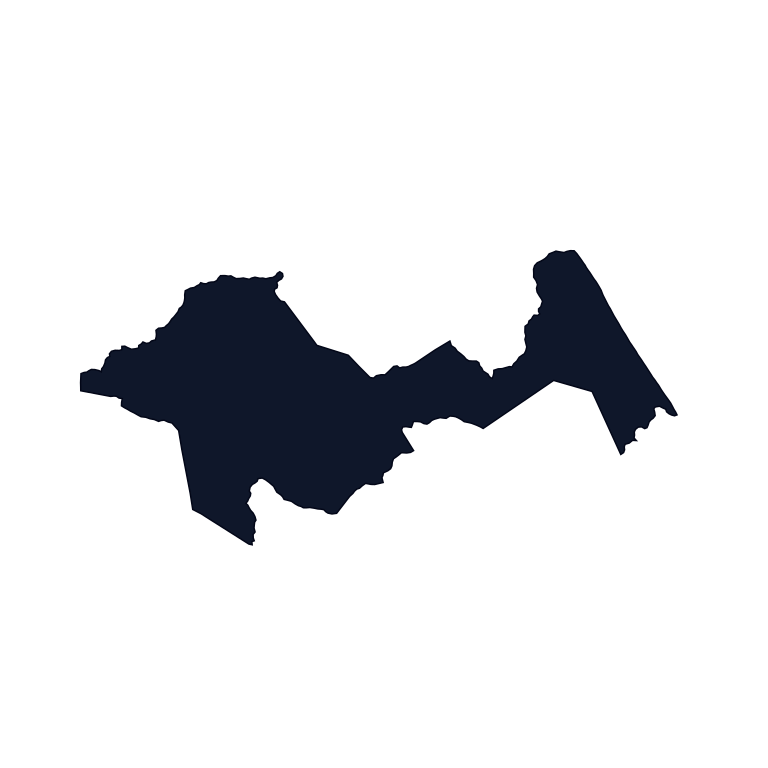 Entre Rios, Bahia, Brazil, rotated 296°
{"feature_id": "56859067B60526671351349", "entity_name": "Entre Rios", "entity_type": "district", "adm_level": 2, "iso_a3": "BRA", "parent_name": "Brazil", "parent_adm1": "Bahia", "projection": "robinson", "projection_center": [-38.013, -12.095], "detail": "fine", "context": "isolated", "style": "filled", "palette": "ink", "viewbox_px": 768, "rotation_deg": 296, "n_neighbors": 0, "source": "geoboundaries", "source_scale": "gbopen_adm2", "svg_char_len": 5247}
<svg xmlns="http://www.w3.org/2000/svg" viewBox="0 0 768 768"><g transform="rotate(296 384 384)"><path d="M181.7,336.0L184.4,334.3L186.2,336.1L188.3,334.0L191.4,332.3L194.5,333.0L197.6,330.3L200.8,329.1L203.1,328.3L205.5,328.6L208.3,326.1L210.6,323.0L212.0,319.5L213.7,316.9L215.4,314.7L216.2,312.2L219.1,312.8L221.4,312.6L224.8,312.9L227.4,312.1L228.7,309.9L232.5,308.9L236.0,309.7L238.5,311.4L241.0,312.6L243.8,312.3L246.1,315.8L246.0,319.5L245.2,323.9L244.5,326.5L243.7,329.7L241.9,332.1L239.8,335.1L239.1,339.8L238.2,342.3L236.5,344.8L237.2,348.0L238.0,352.3L237.3,356.7L237.1,360.4L237.6,363.2L237.4,365.7L238.6,368.3L240.5,371.5L241.8,375.7L242.7,379.3L243.9,382.3L244.7,385.0L243.7,387.6L243.4,390.2L244.4,394.2L247.0,398.1L268.0,402.4L272.0,404.0L274.8,404.5L277.6,405.6L279.6,407.7L283.1,409.1L286.6,411.0L287.4,413.9L288.1,416.4L289.6,419.7L295.1,426.4L298.9,423.2L301.3,423.1L303.9,422.4L307.7,425.5L310.8,427.1L313.9,427.0L317.4,425.7L321.0,425.3L323.4,426.7L326.2,428.1L329.9,429.8L332.0,434.7L334.2,437.9L337.1,439.8L348.5,421.6L350.6,419.8L353.6,419.7L355.3,422.4L356.2,425.3L357.0,427.6L359.7,427.4L363.2,426.9L364.8,430.2L366.0,433.4L365.9,437.2L366.8,440.2L369.2,441.8L372.2,442.9L374.4,444.7L376.4,446.9L378.4,449.2L379.2,451.7L380.4,454.9L384.1,457.2L385.3,460.2L386.0,462.8L386.1,465.6L385.9,469.1L385.3,472.6L386.4,476.7L387.1,479.9L387.6,485.3L387.7,489.5L387.5,492.6L461.6,534.9L468.5,574.3L424.5,627.7L427.4,629.4L430.3,629.1L432.8,627.5L435.5,627.1L438.4,630.3L442.3,632.1L443.8,635.6L445.1,632.4L447.9,631.6L450.6,630.0L453.4,629.9L456.7,631.4L458.4,634.3L458.2,637.9L460.0,639.5L462.7,639.4L466.0,638.9L468.5,639.5L471.2,640.9L474.4,641.6L477.4,639.6L480.0,637.3L482.3,637.9L484.8,641.4L484.7,645.2L484.8,648.3L482.9,650.2L482.2,653.2L482.2,656.2L482.8,659.1L484.7,660.9L486.7,658.3L488.2,655.9L490.0,653.5L492.6,649.9L495.0,645.5L497.2,641.3L499.0,638.1L500.4,635.7L501.7,633.7L503.2,631.4L504.7,628.5L506.4,625.6L507.9,622.5L509.3,620.3L511.0,617.5L513.0,614.2L514.7,611.4L516.4,608.4L518.7,604.6L520.4,601.5L521.8,599.0L523.6,596.5L525.2,593.8L526.6,591.3L527.9,589.1L529.3,586.5L531.3,583.6L534.2,579.3L536.4,575.5L538.4,572.4L541.1,568.6L543.8,564.4L546.2,560.7L548.7,557.3L550.9,554.3L552.7,551.4L555.1,548.2L557.6,544.9L559.7,542.1L561.6,540.0L563.4,538.1L565.6,534.9L567.5,532.0L569.1,529.4L570.2,527.2L571.4,525.1L573.0,522.5L574.5,520.0L575.7,517.7L577.4,514.7L578.9,512.7L580.2,510.2L581.5,508.0L583.0,505.3L584.5,502.4L585.7,500.2L587.1,496.5L585.5,493.0L583.3,490.2L581.1,488.2L580.3,485.6L579.6,483.3L578.8,480.3L576.5,478.3L573.4,475.4L570.2,474.9L567.4,473.8L565.1,472.4L563.1,471.0L560.1,468.6L556.4,467.5L552.7,468.1L549.0,470.1L545.6,471.7L543.6,475.3L540.7,478.4L536.9,479.1L533.8,481.3L531.4,484.9L529.5,488.2L527.9,490.2L525.0,490.6L522.1,491.1L519.3,490.0L517.0,491.1L515.3,493.3L513.1,492.2L511.7,488.7L509.6,488.2L507.0,488.1L504.3,486.7L501.2,487.3L497.7,485.5L494.8,486.8L492.2,488.0L489.5,490.4L485.9,491.1L482.6,493.8L479.9,496.1L476.0,496.9L472.7,496.9L470.2,495.4L467.3,493.8L462.8,493.3L459.1,491.8L455.5,491.6L454.6,489.1L452.3,486.5L449.6,483.5L447.6,479.9L444.5,476.7L441.8,478.0L439.0,478.6L436.3,478.9L436.7,475.6L438.4,473.1L438.7,470.6L439.1,467.4L441.1,464.9L442.3,462.0L444.7,459.9L445.1,457.0L443.4,453.5L442.0,450.1L442.3,447.0L443.7,443.8L444.7,440.0L445.6,435.4L447.4,432.2L448.0,427.7L451.5,424.4L437.2,415.1L416.4,403.0L414.5,401.6L412.4,399.8L410.5,398.4L408.8,396.3L407.4,393.4L405.3,391.0L406.0,387.8L404.0,385.0L397.1,382.6L392.7,380.9L391.1,377.4L388.1,373.5L384.7,372.0L383.7,368.5L388.9,353.5L394.2,339.3L389.3,306.7L391.2,303.2L414.2,258.5L413.3,254.7L414.7,251.2L416.9,247.2L419.0,244.8L421.2,244.1L423.6,245.7L426.1,245.0L428.3,243.0L431.1,244.1L433.5,245.8L436.5,246.0L438.8,244.3L439.2,241.1L436.7,239.6L433.9,239.3L431.0,237.4L429.3,234.7L426.8,231.7L426.1,228.7L424.6,226.0L423.4,221.2L421.0,218.4L419.1,217.1L418.3,214.1L417.6,211.1L415.8,208.4L413.9,204.9L413.9,201.8L414.1,199.0L412.7,196.8L411.7,193.5L409.7,189.6L406.5,188.7L403.7,188.4L401.3,186.6L399.8,183.9L398.3,181.9L396.2,180.4L395.1,177.8L394.7,174.9L392.4,174.5L390.4,172.9L387.6,171.2L385.3,168.0L383.1,166.4L380.7,164.5L376.7,165.8L374.1,167.2L371.7,168.0L369.6,168.5L366.8,168.7L364.3,168.1L362.2,166.9L358.7,167.2L354.4,166.3L351.9,165.7L349.2,164.7L346.8,164.5L343.8,164.0L340.9,162.7L338.7,162.0L337.0,159.8L335.3,156.9L332.3,155.5L329.0,157.6L326.5,158.6L323.4,159.2L320.7,156.1L318.2,155.2L316.3,152.6L316.1,148.9L313.6,148.3L311.1,146.7L308.8,147.7L306.7,145.1L304.5,141.7L304.3,137.3L304.4,134.5L302.9,131.9L300.0,133.3L298.2,131.5L296.4,127.5L293.9,124.7L290.8,124.0L288.6,125.5L286.5,123.8L283.7,123.1L280.4,124.0L276.7,124.2L274.0,123.6L271.0,124.5L271.1,121.9L270.2,117.8L268.8,114.6L266.5,112.9L264.4,111.7L262.9,109.4L260.5,107.1L252.2,110.7L248.0,112.9L245.0,114.4L253.0,143.7L254.8,146.6L255.7,148.9L255.2,152.0L256.2,155.2L252.5,156.2L249.3,157.6L248.9,161.4L248.8,164.8L248.5,168.0L248.5,172.2L248.2,176.7L248.1,180.0L249.7,184.5L250.2,188.9L251.4,193.2L251.6,197.8L253.4,199.6L255.1,202.2L255.2,206.6L256.0,210.5L252.2,219.8L236.5,231.0L200.7,257.8L187.4,267.1L187.2,276.6L186.5,282.4L180.9,332.7L181.7,336.0Z" fill="#0f172a" stroke="#020617" stroke-width="1.5"/></g></svg>